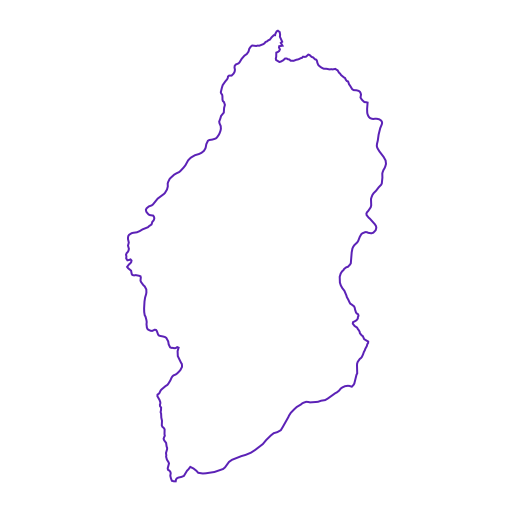 outline of Tailândia, Pará, Brazil
{"feature_id": "56859067B75953677181340", "entity_name": "Tailândia", "entity_type": "district", "adm_level": 2, "iso_a3": "BRA", "parent_name": "Brazil", "parent_adm1": "Pará", "projection": "albers", "projection_center": [-48.744, -2.903], "detail": "fine", "context": "isolated", "style": "outline", "palette": "violet", "viewbox_px": 512, "rotation_deg": 0, "n_neighbors": 0, "source": "geoboundaries", "source_scale": "gbopen_adm2", "svg_char_len": 6012}
<svg xmlns="http://www.w3.org/2000/svg" viewBox="0 0 512 512"><path d="M219.2,121.6L219.5,123.3L220.7,126.0L220.9,128.8L220.5,130.7L219.6,133.2L218.8,134.8L217.2,137.1L216.2,138.2L214.9,138.8L212.2,139.6L209.3,140.0L207.9,140.8L206.3,144.2L205.8,147.0L205.4,148.4L203.9,150.9L201.5,152.8L199.0,154.0L195.0,155.2L191.2,157.4L190.0,158.4L188.1,160.4L185.4,165.3L183.5,167.7L180.3,171.1L179.1,172.1L176.5,173.3L174.1,174.7L170.5,178.0L169.6,179.0L168.2,181.9L167.7,183.5L167.8,186.5L167.0,189.5L164.9,193.0L163.9,194.0L157.7,198.6L152.9,204.5L151.7,205.4L148.9,206.4L146.6,208.3L145.9,209.7L146.1,211.0L146.6,212.2L148.6,214.5L149.9,215.1L153.2,215.6L154.0,216.9L154.3,218.2L154.0,219.6L153.4,220.7L152.4,221.7L151.5,224.5L149.1,226.1L148.0,227.2L142.5,229.4L139.7,231.1L136.9,232.3L133.2,232.8L131.6,233.2L129.1,234.8L128.3,236.0L128.0,237.6L128.0,239.1L128.8,242.6L128.0,245.6L128.9,248.8L128.5,250.6L127.9,251.8L126.6,253.2L126.0,254.8L126.4,256.2L126.2,258.4L127.4,260.3L129.0,260.0L130.5,259.4L131.5,260.5L131.2,262.1L130.3,263.3L129.0,264.4L127.1,266.9L128.1,268.2L131.1,270.7L131.7,273.9L132.4,275.0L134.1,275.4L135.7,275.1L139.2,275.8L140.5,276.3L140.8,277.5L140.5,280.7L141.1,282.1L143.4,285.2L144.7,286.4L146.3,289.4L146.4,292.4L146.1,294.2L145.1,297.5L144.5,301.4L144.1,308.4L144.2,312.0L144.7,315.2L145.5,316.6L146.4,320.0L146.7,322.0L146.5,324.2L146.9,327.7L147.7,329.3L149.1,330.1L150.8,330.8L152.2,330.9L154.8,329.7L156.1,330.0L156.9,331.2L158.0,334.3L158.7,335.4L160.0,335.9L163.1,336.5L164.9,337.0L166.3,337.9L168.2,341.4L168.7,344.4L170.1,347.3L171.4,347.9L172.8,347.9L174.2,348.2L175.7,348.1L177.2,347.1L178.6,347.7L177.6,351.1L177.8,356.1L181.0,362.7L181.8,363.9L182.0,365.3L182.0,366.9L180.4,370.0L179.2,371.4L177.2,373.4L175.7,374.5L173.5,375.4L172.4,376.4L171.6,377.6L170.3,380.5L168.4,383.6L167.4,384.9L165.5,386.1L161.6,389.4L160.7,390.4L159.2,393.4L157.5,394.6L157.4,396.2L159.5,399.9L160.3,402.2L160.3,403.6L159.9,404.8L160.1,406.3L161.1,407.5L161.0,410.2L160.6,412.1L161.1,413.6L161.3,417.6L162.0,420.8L161.8,425.4L162.4,426.8L163.7,427.9L164.6,429.3L164.5,434.2L164.8,435.8L164.1,437.2L163.6,438.8L164.2,440.4L166.1,442.9L166.6,446.5L167.1,447.8L167.1,449.1L166.0,453.0L166.3,455.4L166.1,456.7L166.9,459.6L168.4,462.0L169.0,463.4L167.7,468.3L168.0,469.8L169.2,470.5L170.2,471.6L170.7,473.1L170.3,475.8L171.0,478.6L171.9,480.8L173.8,481.3L175.7,481.3L176.0,479.5L176.8,478.4L178.3,477.6L181.5,476.9L183.9,475.9L187.1,470.6L188.3,469.5L190.3,466.9L193.5,468.5L196.4,470.8L198.2,472.8L202.8,473.5L205.8,473.3L214.4,472.0L223.1,469.0L225.0,467.4L229.0,461.9L232.0,459.8L241.4,456.1L245.6,454.9L250.9,452.7L255.1,450.0L262.9,444.0L266.2,440.0L270.9,435.4L273.7,433.2L277.4,432.1L280.8,430.2L282.7,427.1L288.4,417.0L289.0,415.6L290.8,412.8L294.2,409.3L296.7,407.0L300.9,404.5L302.3,403.3L303.6,402.7L306.2,401.8L308.4,402.0L310.1,402.4L315.7,402.0L318.0,401.8L321.2,400.7L325.1,400.1L327.7,398.6L335.4,393.1L336.7,392.5L339.0,390.7L340.8,388.5L342.4,387.4L345.0,386.2L347.8,385.8L349.3,385.9L351.8,386.7L353.6,384.8L354.3,383.6L356.5,374.7L357.2,373.4L357.0,365.2L357.1,363.7L357.7,361.9L359.8,358.9L361.0,358.0L361.8,357.0L363.0,354.5L363.9,351.9L364.8,350.3L365.3,348.8L366.8,346.1L367.3,344.2L368.1,343.0L368.2,341.6L364.2,339.2L362.8,336.1L361.7,335.4L359.9,333.2L359.6,331.7L358.9,330.4L357.8,329.0L357.1,327.6L354.6,326.0L352.8,323.7L353.0,322.2L355.7,320.8L357.0,319.7L357.8,318.5L357.9,317.1L358.5,315.8L358.1,314.3L356.8,313.5L356.0,312.5L355.0,309.4L354.8,308.1L354.1,306.4L351.5,304.4L350.3,303.7L349.6,302.5L348.3,299.7L346.8,297.0L346.4,295.5L344.4,290.8L342.3,288.1L340.8,285.4L339.9,282.6L339.7,276.8L340.7,273.5L342.1,271.3L343.4,270.2L344.1,269.0L345.2,268.1L346.4,267.2L347.8,266.9L350.0,264.6L350.8,263.3L351.7,252.3L352.4,248.6L353.1,247.0L354.2,245.3L357.3,242.3L358.2,240.9L359.8,236.8L361.3,234.2L362.4,233.3L365.3,232.1L366.9,232.2L368.2,232.8L371.3,233.3L373.3,232.7L375.6,230.3L376.0,229.0L376.3,227.7L376.0,226.1L374.9,224.3L369.8,218.6L368.7,217.7L366.6,215.1L366.4,213.5L367.1,212.1L368.1,211.1L370.7,207.3L371.2,205.3L371.0,199.0L371.5,197.3L372.4,195.0L373.6,193.2L376.1,190.7L378.7,187.3L381.2,184.7L381.8,183.4L382.4,177.7L382.3,173.5L382.6,172.3L383.5,169.9L384.5,168.3L385.3,166.4L386.0,163.9L385.6,160.5L383.6,156.9L379.4,151.4L377.7,148.6L377.1,147.3L376.8,145.9L377.0,143.8L377.8,140.5L378.6,134.7L380.2,128.2L381.8,124.3L382.1,122.9L381.8,121.5L380.8,120.3L379.2,119.3L377.0,118.8L375.2,118.7L373.2,119.0L371.7,118.7L370.1,118.1L369.0,117.1L368.1,115.6L367.4,113.7L367.2,112.3L367.1,108.9L367.6,102.6L366.0,102.2L364.4,102.1L362.3,100.2L361.3,98.9L360.5,97.5L361.0,94.6L360.6,93.1L359.9,91.8L358.7,90.9L356.6,90.3L353.6,90.1L352.2,89.2L349.9,85.4L349.1,84.4L348.1,81.5L346.8,81.0L345.7,79.6L345.1,78.1L343.9,77.4L341.0,75.0L340.1,73.6L339.0,72.7L337.6,70.3L336.4,69.7L335.4,68.9L332.6,69.4L331.3,69.2L329.5,69.4L326.6,68.8L323.7,68.7L322.2,68.0L320.7,67.1L318.5,65.3L317.9,64.1L317.3,62.6L317.0,61.0L316.3,59.7L315.0,59.3L313.1,57.4L311.6,56.9L309.6,55.0L308.3,54.6L306.0,56.7L304.6,56.9L303.0,56.7L301.9,57.9L300.6,58.2L299.4,58.9L297.8,59.5L296.5,59.7L293.6,60.8L290.6,60.7L289.4,59.5L288.0,59.3L286.7,58.5L285.1,58.5L283.2,60.3L280.8,61.6L279.4,62.0L276.1,60.0L275.8,58.7L276.2,56.8L276.3,52.6L277.8,52.0L279.2,51.0L279.9,49.3L279.0,47.6L279.2,46.2L282.5,45.7L280.8,42.9L282.2,41.8L279.9,36.7L280.1,34.7L279.7,32.1L277.9,30.7L276.7,31.3L275.3,33.9L275.1,35.2L273.8,35.2L271.6,37.3L269.8,39.7L268.4,40.2L267.2,41.3L265.5,42.0L264.6,43.2L263.4,44.1L259.3,45.7L257.6,45.6L256.2,46.0L252.2,45.5L250.8,46.6L249.3,48.7L248.5,51.6L246.8,54.0L244.4,55.7L241.7,58.8L239.5,62.4L238.5,63.4L235.8,64.5L234.7,65.9L234.5,67.7L234.9,69.3L234.8,70.9L234.4,72.2L233.5,73.7L231.6,75.6L229.1,75.6L228.0,76.5L227.8,77.9L227.1,79.3L225.3,81.4L222.7,85.1L221.9,87.7L220.8,92.2L221.2,93.5L222.1,94.6L222.4,96.1L222.5,99.8L222.9,101.1L224.0,102.1L224.9,104.9L224.1,107.9L223.8,112.6L221.1,115.9L220.3,118.6L219.2,121.6Z" fill="none" stroke="#5b21b6" stroke-width="2"/></svg>